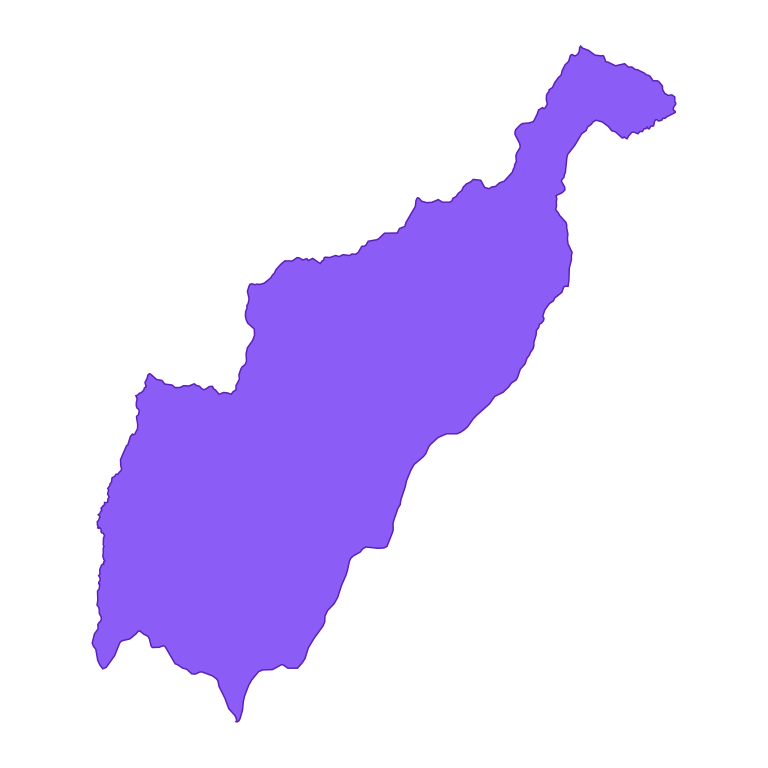 Gachalá, Cundinamarca, Colombia
{"feature_id": "7082276B64906175699520", "entity_name": "Gachalá", "entity_type": "district", "adm_level": 2, "iso_a3": "COL", "parent_name": "Colombia", "parent_adm1": "Cundinamarca", "projection": "equal_earth", "projection_center": [-73.504, 4.664], "detail": "fine", "context": "isolated", "style": "filled", "palette": "violet", "viewbox_px": 768, "rotation_deg": 0, "n_neighbors": 0, "source": "geoboundaries", "source_scale": "gbopen_adm2", "svg_char_len": 6050}
<svg xmlns="http://www.w3.org/2000/svg" viewBox="0 0 768 768"><path d="M594.9,55.1L588.6,50.4L582.7,48.2L580.6,46.1L579.7,47.6L579.1,52.0L577.4,54.6L574.8,56.0L572.1,54.5L570.4,55.4L568.6,61.5L565.1,64.8L562.1,70.8L561.1,75.1L558.4,77.5L554.5,83.0L552.5,87.5L549.1,89.7L548.9,91.7L547.2,93.5L546.5,95.4L546.3,99.6L547.4,104.1L545.1,107.9L544.0,108.6L542.5,107.6L538.6,109.9L537.1,114.3L534.1,120.4L532.9,121.8L528.7,123.0L522.5,123.5L520.4,124.8L515.7,129.6L515.0,131.8L515.0,134.5L519.5,143.2L520.1,145.5L520.0,147.7L517.0,152.5L515.9,155.5L516.3,161.5L514.6,165.0L514.4,167.3L513.3,169.1L512.5,172.0L504.2,181.2L499.6,182.8L495.4,186.5L491.9,186.9L489.0,188.7L484.6,187.4L480.8,180.3L473.3,179.4L470.5,182.0L466.4,183.9L463.5,186.8L461.7,190.6L458.3,193.3L456.0,196.6L452.9,198.3L451.8,201.1L449.5,202.2L442.5,202.2L438.3,199.6L431.6,202.4L426.4,202.6L421.5,201.1L419.0,198.2L417.4,197.8L416.0,200.4L415.3,206.5L406.0,222.4L404.8,226.5L399.5,228.5L397.3,233.0L384.5,233.2L378.4,239.0L376.5,239.8L368.2,241.2L365.8,245.3L364.2,246.2L361.8,246.3L358.2,252.5L355.4,254.3L351.9,254.0L349.6,255.5L343.0,254.7L339.1,256.6L335.6,255.5L329.9,257.5L325.1,257.2L324.1,258.0L323.6,260.0L321.8,261.2L320.2,263.6L312.8,258.4L308.3,260.5L306.8,258.6L303.0,260.0L299.0,257.8L297.1,257.6L292.2,261.0L284.8,260.9L280.7,264.4L276.1,269.5L274.3,273.3L272.4,275.1L270.8,277.8L264.2,283.2L260.0,284.4L256.8,284.1L255.0,284.7L251.9,283.8L250.0,284.3L249.1,285.9L247.4,291.4L249.1,298.8L248.1,303.6L246.8,305.6L247.0,307.8L245.6,311.9L245.4,316.3L246.3,320.0L247.7,323.1L254.3,329.0L254.5,335.5L252.5,340.6L247.4,347.8L246.1,353.9L246.5,361.4L245.1,364.6L241.9,367.1L240.9,369.0L238.9,374.8L239.4,379.2L236.0,385.6L236.0,389.7L233.0,391.8L231.2,394.3L227.5,392.9L223.5,392.5L219.1,394.3L215.4,389.9L214.0,389.2L212.3,386.3L209.2,386.6L205.6,389.1L203.7,389.7L201.6,388.6L199.6,386.3L196.5,385.5L194.3,383.8L188.9,386.0L183.6,385.7L180.0,387.5L175.1,387.6L172.0,385.0L164.9,384.1L161.8,380.4L156.6,379.5L150.7,374.2L149.4,373.7L147.9,375.1L147.1,378.3L145.0,382.4L146.1,386.8L144.4,387.9L143.7,390.2L141.0,392.9L139.4,393.2L137.5,395.2L135.9,395.6L137.1,399.0L136.3,402.8L136.3,406.1L137.2,408.3L138.5,409.2L139.3,410.9L138.3,414.9L136.6,416.3L136.5,417.3L137.7,424.4L137.5,428.7L134.7,434.3L133.3,434.8L132.5,434.1L130.4,436.4L127.7,445.3L126.6,445.5L120.5,459.6L120.8,465.9L121.5,468.6L121.2,470.4L118.7,472.8L118.0,474.2L116.0,474.2L114.9,476.2L112.0,477.9L111.5,482.1L110.0,483.9L109.9,485.5L107.7,488.5L108.6,490.0L107.6,494.2L109.2,496.9L107.8,499.0L107.8,501.8L107.0,502.5L104.5,502.5L104.6,504.9L103.1,505.5L102.8,506.5L101.3,507.7L101.0,508.7L102.0,509.9L100.6,511.6L100.0,513.4L98.2,514.8L99.8,516.0L100.0,517.1L99.5,517.5L98.6,520.6L97.3,521.4L97.4,525.2L98.1,526.1L97.6,527.8L98.9,528.4L99.6,527.6L100.8,528.9L101.3,530.0L100.9,531.5L101.8,532.9L103.1,533.0L104.5,535.7L103.5,538.0L103.2,544.8L104.1,546.6L103.3,547.6L103.2,554.2L102.8,555.8L103.7,559.3L104.8,561.0L103.7,561.9L103.6,564.3L102.5,564.2L101.5,565.2L99.8,569.5L99.9,574.3L98.6,575.6L100.0,577.9L100.1,580.6L98.8,582.0L98.7,583.1L98.7,583.8L99.6,583.8L99.7,584.5L99.2,588.7L97.5,591.1L97.8,600.5L97.0,605.1L98.4,606.8L99.1,608.8L99.4,613.7L101.2,617.0L101.4,618.9L100.5,621.3L99.0,622.5L97.8,624.6L98.2,628.6L94.4,634.0L92.2,643.1L93.5,646.4L95.8,649.2L97.7,660.3L99.8,664.8L102.7,668.8L106.2,667.4L114.7,655.5L119.9,642.5L121.9,640.8L129.9,638.9L136.0,633.9L138.3,631.1L140.2,631.2L143.6,634.1L148.0,636.3L149.5,639.2L151.1,646.0L152.3,647.5L159.1,647.3L163.5,645.7L165.0,646.4L175.2,663.8L177.5,664.6L182.4,668.0L186.8,669.3L191.7,673.8L195.3,674.1L200.0,672.0L202.2,672.0L212.6,675.9L216.2,678.6L217.9,680.6L219.0,686.4L225.0,698.4L228.7,708.6L235.1,715.7L236.2,718.3L236.6,720.5L236.0,721.6L237.0,721.9L238.8,721.0L240.1,718.5L242.5,710.2L243.3,701.7L244.5,696.2L248.7,685.2L251.7,679.9L258.6,671.6L262.9,669.9L272.5,669.6L281.6,664.6L283.0,664.8L287.9,668.2L297.5,668.2L302.1,663.0L305.0,658.6L308.3,647.9L314.0,638.4L322.9,626.2L324.7,621.9L325.0,616.1L327.5,610.6L334.2,603.6L337.7,597.3L341.5,585.4L345.8,575.6L347.3,571.0L349.4,561.3L350.8,558.3L353.0,556.1L360.2,552.0L362.6,549.0L365.9,547.0L378.1,548.3L384.2,547.9L387.0,546.3L392.7,531.9L393.2,529.5L393.0,523.6L393.7,520.6L397.9,508.4L400.2,504.6L400.9,499.7L405.1,487.2L406.6,480.5L410.8,470.3L414.0,464.6L423.4,456.6L425.7,453.8L428.6,447.1L430.0,444.9L438.0,437.5L446.6,433.8L456.9,433.8L460.5,432.3L464.3,429.7L467.8,426.5L473.0,419.1L476.7,415.2L489.4,403.9L494.7,396.4L503.1,392.3L508.5,387.1L511.5,383.0L516.1,380.0L517.6,377.3L520.3,369.2L525.0,363.9L527.0,358.2L529.5,354.9L530.3,352.7L533.1,348.6L533.8,346.1L533.9,342.2L536.1,334.9L536.4,330.4L538.6,327.6L539.6,324.0L541.2,323.3L543.4,320.9L544.0,318.5L542.8,316.1L544.8,309.9L549.4,303.6L553.5,300.8L554.5,298.2L561.9,292.3L563.6,287.2L564.9,286.3L568.1,286.3L568.9,280.3L569.3,268.0L571.4,260.0L571.4,255.3L572.1,252.5L568.0,243.8L567.4,238.7L567.9,234.2L566.6,227.2L566.8,225.4L566.0,222.4L559.5,215.3L558.4,212.9L555.7,209.8L556.5,205.6L556.3,201.5L556.8,198.9L556.1,195.6L562.3,192.6L564.9,190.0L564.7,187.1L561.4,181.3L561.6,180.1L563.9,177.3L564.5,174.1L565.3,172.9L566.9,157.6L567.6,154.5L574.8,145.3L581.6,133.8L586.1,130.6L587.5,127.1L591.4,124.2L593.0,121.9L596.1,120.2L602.2,121.9L608.3,126.4L611.7,130.7L615.5,131.9L622.0,137.8L622.9,138.0L624.0,137.0L627.0,138.8L629.0,135.5L632.0,132.2L634.2,132.2L638.0,133.8L639.8,131.5L642.5,131.5L643.8,128.9L645.9,128.7L647.0,127.1L648.4,128.9L649.3,128.8L650.7,126.3L653.6,125.9L654.5,121.6L655.5,119.8L656.8,119.7L658.6,121.0L661.6,120.3L662.9,118.4L665.1,118.3L666.6,116.9L675.2,112.5L675.2,111.3L673.6,110.2L673.2,108.9L673.9,106.7L675.7,104.2L675.8,103.1L674.8,101.7L674.8,97.0L671.9,94.9L668.1,95.4L664.8,93.4L662.7,89.9L662.4,85.9L658.7,81.5L657.4,80.8L653.1,80.8L650.2,76.4L648.8,75.4L646.5,75.0L644.5,73.2L637.5,69.7L635.0,69.4L631.8,66.9L628.5,67.2L624.6,63.7L615.5,65.8L607.8,62.0L606.4,62.0L605.8,61.6L603.8,56.3L603.0,55.6L601.3,55.9L594.9,55.1Z" fill="#8b5cf6" stroke="#5b21b6" stroke-width="1.5"/></svg>